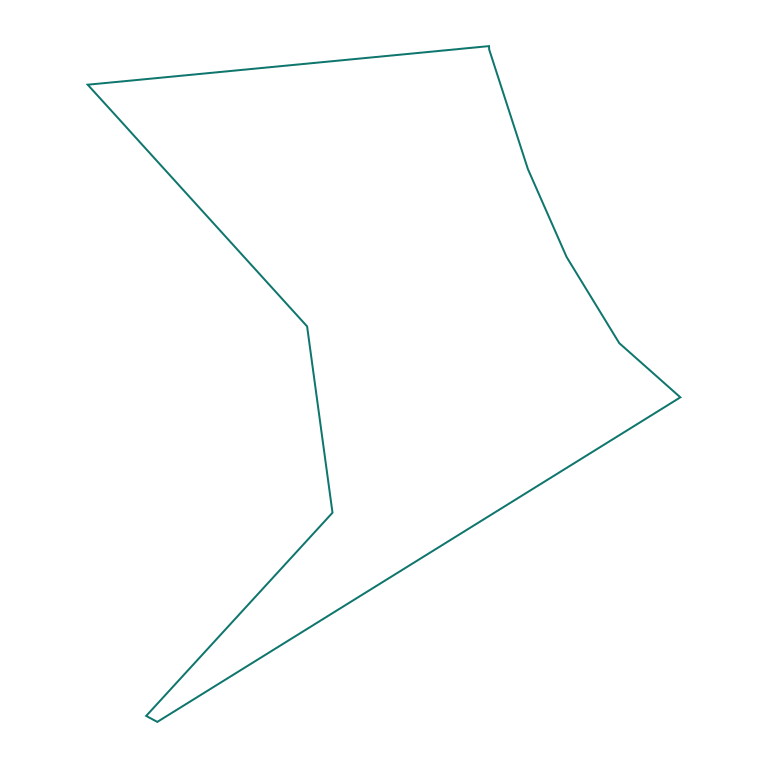 the district of 39, Ar Rayyān, Qatar
{"feature_id": "91078587B48537873933910", "entity_name": "39", "entity_type": "district", "adm_level": 2, "iso_a3": "QAT", "parent_name": "Qatar", "parent_adm1": "Ar Rayyān", "projection": "albers", "projection_center": [51.5, 25.27], "detail": "fine", "context": "isolated", "style": "outline", "palette": "teal", "viewbox_px": 768, "rotation_deg": 0, "n_neighbors": 0, "source": "geoboundaries", "source_scale": "gbopen_adm2", "svg_char_len": 351}
<svg xmlns="http://www.w3.org/2000/svg" viewBox="0 0 768 768"><path d="M139.7,142.0L307.1,326.4L332.5,512.7L146.2,715.9L150.2,718.1L157.3,721.9L338.7,609.3L679.1,398.1L679.9,397.5L680.3,397.3L619.3,343.2L582.3,282.7L566.6,257.0L527.9,169.1L489.2,49.6L489.0,46.1L87.7,84.7L119.9,120.1L139.7,142.0Z" fill="none" stroke="#0f766e" stroke-width="2"/></svg>